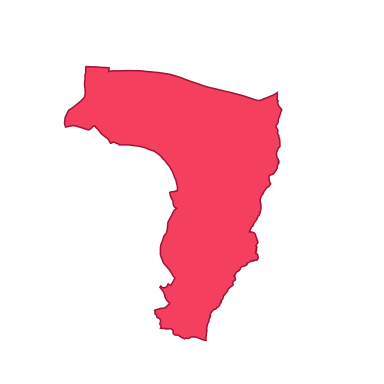 Cerro De San Antonio, Magdalena, Colombia (orthographic projection), rotated 76°
{"feature_id": "7082276B80696597151796", "entity_name": "Cerro De San Antonio", "entity_type": "district", "adm_level": 2, "iso_a3": "COL", "parent_name": "Colombia", "parent_adm1": "Magdalena", "projection": "orthographic", "projection_center": [-74.78, 10.29], "detail": "fine", "context": "isolated", "style": "filled", "palette": "rose", "viewbox_px": 384, "rotation_deg": 76, "n_neighbors": 0, "source": "geoboundaries", "source_scale": "gbopen_adm2", "svg_char_len": 6060}
<svg xmlns="http://www.w3.org/2000/svg" viewBox="0 0 384 384"><g transform="rotate(76 192 192)"><path d="M110.9,119.2L105.4,129.3L100.1,139.6L93.3,152.6L87.5,161.5L82.6,169.2L77.7,176.1L72.5,184.8L68.0,195.5L64.2,206.6L61.8,213.0L58.7,224.8L56.2,236.1L55.3,239.2L54.9,243.7L54.2,243.1L51.3,242.4L48.9,250.6L47.5,254.6L45.4,262.2L44.6,264.5L47.3,265.5L50.2,266.2L52.6,267.5L55.6,268.2L59.1,269.5L62.3,270.4L66.3,270.8L71.0,271.9L74.4,273.8L76.8,277.8L81.3,287.3L82.7,291.8L85.5,294.2L89.1,297.1L94.5,299.1L98.4,299.0L98.7,292.3L99.3,290.0L100.3,287.8L101.2,286.7L101.6,285.7L106.3,278.2L106.8,277.0L106.4,275.7L105.5,273.7L104.5,272.4L104.1,271.4L104.1,271.0L104.8,270.4L107.8,268.5L110.0,267.4L111.8,266.8L113.6,265.8L118.1,262.5L118.4,262.0L119.2,261.5L119.7,260.9L121.2,260.3L124.2,259.6L125.0,259.1L125.2,258.7L125.1,258.1L124.4,256.7L124.4,256.2L126.8,253.0L127.6,251.7L128.5,251.6L131.0,242.0L132.8,237.6L134.6,232.6L137.2,227.6L140.8,222.7L143.3,218.7L146.5,216.0L149.1,213.9L152.7,212.2L155.5,210.4L158.7,209.1L162.0,207.6L167.2,206.1L172.4,205.5L176.6,204.8L183.8,204.9L187.3,206.0L187.0,206.9L187.1,207.3L187.2,208.3L187.2,209.6L186.9,211.1L186.8,212.7L186.9,213.2L187.4,213.9L188.4,213.7L190.6,213.9L191.3,213.7L192.3,213.7L193.0,213.6L194.7,213.0L196.3,212.7L197.6,212.8L198.1,213.1L199.0,213.2L200.4,213.1L202.3,212.7L204.1,210.8L204.3,211.4L204.9,212.6L205.4,213.6L206.0,214.3L206.9,215.1L211.1,218.6L213.2,220.6L215.4,222.5L216.3,223.0L222.0,224.9L225.1,226.5L225.8,227.1L227.2,229.0L228.1,230.0L228.9,230.6L230.5,231.3L235.4,234.8L237.7,235.9L241.7,237.0L243.1,237.2L244.2,237.7L245.6,237.8L247.3,237.7L247.9,237.3L248.2,237.7L248.6,237.6L253.8,236.8L255.0,236.4L257.0,235.3L258.0,234.6L259.6,234.0L262.2,232.6L268.7,230.7L271.4,229.4L274.5,232.2L277.6,235.2L275.4,237.4L277.8,239.5L278.0,240.1L278.1,240.9L278.0,242.8L277.7,243.6L277.0,244.3L275.7,245.0L276.6,246.2L281.4,244.1L282.3,243.8L284.9,243.5L288.4,243.5L290.2,242.9L291.8,242.3L293.6,241.1L294.5,240.7L294.8,240.7L297.6,245.7L297.8,246.6L297.8,248.1L297.6,248.9L297.4,250.4L297.6,256.0L297.9,257.0L299.4,256.7L300.3,257.3L301.1,257.4L302.6,256.4L303.1,256.4L304.2,256.1L305.0,256.3L307.1,254.1L308.7,253.4L309.9,254.0L311.3,254.5L311.9,255.0L312.5,255.1L313.1,255.1L314.6,254.3L315.1,254.4L316.5,255.6L316.9,255.0L318.1,250.7L318.5,249.8L318.8,249.9L319.5,245.7L320.4,244.7L321.3,244.2L322.5,244.0L323.0,244.0L323.8,244.4L324.7,244.5L325.8,243.9L326.4,243.4L327.0,242.2L327.6,239.8L327.9,239.4L328.7,239.1L329.0,238.9L329.2,238.4L329.7,238.0L330.6,237.6L330.9,237.1L331.1,236.1L331.8,235.8L332.8,234.5L332.4,233.0L332.5,232.6L333.1,231.6L333.3,230.4L332.5,227.8L332.5,227.0L332.7,226.5L333.1,226.1L333.1,224.5L334.9,221.4L338.2,216.9L339.4,214.2L339.0,214.2L337.5,214.1L334.8,212.9L331.1,211.6L330.3,211.0L329.9,211.3L326.7,210.2L324.7,209.3L323.7,208.7L322.5,207.7L322.1,207.1L321.7,207.0L321.4,207.0L320.8,206.6L320.3,206.7L320.1,206.4L318.9,205.9L318.8,205.6L318.1,205.2L317.8,205.1L317.8,204.7L317.5,204.4L316.9,204.4L316.4,204.2L316.1,203.8L315.3,203.9L314.9,203.9L314.7,203.8L314.4,203.4L314.0,203.1L312.2,200.7L311.3,199.0L311.2,198.9L311.4,198.7L311.3,197.2L310.2,195.9L310.2,195.0L309.8,194.5L309.6,193.8L307.9,192.1L307.0,191.8L306.8,191.4L306.8,191.0L306.4,190.5L305.5,190.0L304.4,190.2L304.0,189.2L303.6,188.4L302.4,187.6L301.9,187.4L301.4,187.0L300.1,186.3L299.9,185.4L299.5,184.9L298.5,184.0L297.8,182.7L297.3,182.3L296.7,181.5L294.8,180.3L294.6,179.4L293.9,178.7L292.6,175.2L292.0,174.6L291.3,174.4L290.4,174.7L290.2,174.5L289.9,174.6L289.7,174.2L289.0,173.9L288.3,173.0L288.3,172.1L288.1,171.7L287.2,170.9L284.5,170.8L284.1,171.6L283.4,171.5L283.3,171.0L282.7,170.8L282.7,170.1L282.2,169.9L282.0,169.5L281.2,169.0L280.3,167.8L280.1,167.0L280.2,166.7L280.0,166.1L279.6,165.8L279.5,164.9L278.0,163.5L277.1,163.0L276.7,162.4L276.6,161.7L276.4,161.5L276.5,158.2L276.2,157.8L276.3,157.3L275.9,156.5L275.5,156.0L275.1,155.8L274.6,155.8L274.1,155.6L274.1,155.1L274.3,154.7L274.3,154.3L273.7,153.0L273.5,152.1L273.7,151.7L273.0,151.1L273.3,150.5L273.5,149.9L273.9,149.8L274.0,149.6L273.7,149.3L273.7,148.6L273.1,148.1L273.0,147.8L273.7,146.7L273.7,145.8L273.9,145.5L273.2,144.9L273.0,144.4L272.2,143.8L271.0,143.7L270.6,143.5L268.8,143.5L267.3,144.2L267.3,144.6L267.1,145.0L265.3,144.2L265.0,144.4L265.0,144.6L264.8,144.5L264.7,143.8L264.6,143.6L263.7,143.2L263.0,143.8L262.3,142.9L260.9,142.2L260.7,142.3L260.8,142.1L260.2,143.1L259.5,143.0L257.0,140.3L256.8,140.2L255.7,140.2L253.8,140.5L252.8,140.3L251.0,140.7L249.6,140.8L248.6,140.7L247.3,141.1L246.4,141.8L245.7,142.8L245.5,143.6L244.9,144.5L244.5,146.1L243.8,145.7L243.3,144.9L242.5,144.2L241.6,143.7L240.7,143.0L239.5,140.9L239.1,140.5L237.4,139.8L236.7,139.0L235.0,136.6L234.0,135.6L232.4,134.6L232.0,134.1L231.3,133.7L231.0,132.6L229.9,131.9L229.0,131.1L226.7,130.1L225.3,129.2L224.0,129.0L223.5,128.7L220.2,128.1L218.5,128.0L217.5,128.1L216.8,128.0L216.3,127.6L215.4,127.5L214.9,127.1L214.1,126.8L213.3,126.2L212.3,125.3L211.3,124.2L211.1,123.7L210.6,123.2L208.7,121.9L207.8,120.8L206.8,119.4L205.7,118.2L205.5,117.3L205.5,116.4L203.8,114.5L203.7,114.3L203.4,114.4L203.2,113.8L202.7,113.7L201.1,114.2L198.3,114.1L198.0,114.0L197.3,114.0L195.0,113.3L194.7,112.8L194.5,111.8L194.3,109.2L194.1,108.4L193.6,107.7L192.4,106.6L191.4,105.2L189.7,103.7L188.6,103.1L187.4,102.9L186.7,102.5L185.5,101.3L185.4,101.1L184.8,100.6L184.6,100.6L184.3,101.2L183.8,101.3L183.0,100.1L182.2,100.7L181.3,100.4L181.0,100.7L180.1,100.7L179.0,101.3L178.4,101.1L177.2,101.2L176.7,100.9L174.6,100.6L173.7,100.2L172.4,99.0L172.0,98.9L171.3,98.4L169.8,96.7L169.4,95.9L168.9,95.6L164.0,94.5L161.9,94.2L159.9,94.4L158.2,94.2L155.7,94.8L154.5,94.2L152.3,93.7L150.9,94.3L149.9,94.4L149.2,94.8L148.9,94.9L148.1,94.4L147.3,93.4L146.4,92.7L146.1,92.3L145.1,91.5L144.5,91.2L143.7,91.1L141.2,89.9L140.6,89.3L139.7,88.8L133.6,84.9L130.3,86.8L125.7,87.5L124.6,86.3L124.0,86.9L123.5,87.1L116.2,85.2L116.6,86.0L117.5,89.3L118.7,97.2L118.9,99.3L119.6,103.3L119.4,104.9L118.6,107.1L110.9,119.2Z" fill="#f43f5e" stroke="#9f1239" stroke-width="1.5"/></g></svg>